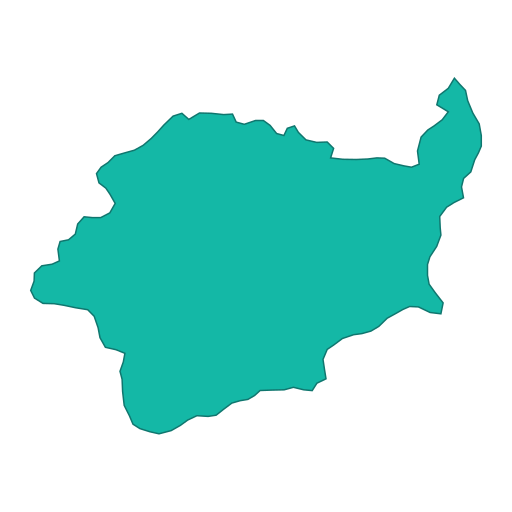 the district of São Félix de Minas, Minas Gerais, Brazil
{"feature_id": "56859067B81649197626809", "entity_name": "São Félix de Minas", "entity_type": "district", "adm_level": 2, "iso_a3": "BRA", "parent_name": "Brazil", "parent_adm1": "Minas Gerais", "projection": "orthographic", "projection_center": [-41.443, -18.569], "detail": "fine", "context": "isolated", "style": "filled", "palette": "teal", "viewbox_px": 512, "rotation_deg": 0, "n_neighbors": 0, "source": "geoboundaries", "source_scale": "gbopen_adm2", "svg_char_len": 1940}
<svg xmlns="http://www.w3.org/2000/svg" viewBox="0 0 512 512"><path d="M149.7,431.7L159.0,433.8L171.2,430.6L180.5,425.3L187.6,420.1L196.9,415.7L208.1,416.4L216.1,415.2L223.3,409.5L231.8,403.1L240.1,400.7L247.9,399.4L254.6,395.5L260.1,390.5L270.9,390.1L284.2,389.8L293.4,387.3L303.7,389.8L312.2,390.6L316.9,383.2L326.0,378.8L324.5,369.5L323.0,359.4L327.2,349.4L333.7,345.0L342.4,338.5L353.6,334.7L361.9,333.6L370.9,331.1L378.8,326.4L387.2,318.2L396.1,313.3L403.0,309.4L409.6,306.5L418.4,306.9L430.1,312.5L440.9,313.8L443.1,302.9L435.2,292.7L429.1,284.2L427.5,275.4L427.5,264.5L429.9,256.8L436.7,246.4L440.9,235.1L440.2,227.7L439.7,216.5L446.6,207.2L453.9,202.6L463.5,197.8L461.5,186.9L463.6,178.4L470.8,171.9L474.7,159.8L478.4,152.9L481.3,146.1L481.3,135.6L479.2,123.9L472.8,113.0L467.7,100.7L465.5,90.4L459.8,84.4L454.4,78.2L448.3,88.3L439.3,95.2L436.8,104.8L448.3,111.8L442.2,119.8L434.1,125.9L427.8,130.0L421.1,137.1L417.5,151.0L419.2,164.2L411.5,167.2L404.1,165.9L394.2,163.6L384.7,158.2L376.9,157.9L367.8,159.0L356.3,159.5L342.9,159.3L330.6,157.9L333.6,148.4L327.2,142.0L316.7,142.4L306.0,139.9L298.4,132.4L294.5,125.9L287.3,128.3L283.9,135.5L276.6,133.5L270.1,125.4L263.4,120.5L255.5,120.5L244.3,124.3L236.2,122.1L232.5,114.1L223.7,114.6L211.3,113.3L199.5,113.0L188.8,119.4L181.9,113.3L173.1,116.1L163.8,125.1L157.7,131.9L151.3,138.4L143.2,145.3L134.4,150.2L126.1,152.5L114.9,155.7L108.0,162.6L101.1,167.2L96.5,173.6L99.0,182.9L105.8,188.1L109.9,194.1L115.2,203.4L109.8,212.9L100.7,217.6L92.3,217.6L84.1,216.8L77.7,224.0L75.3,234.1L68.5,239.8L60.1,241.5L57.9,249.1L59.4,260.9L52.1,264.2L41.8,265.8L34.4,273.0L34.1,281.1L30.7,290.4L34.5,298.1L43.0,303.4L54.3,303.7L64.0,305.3L75.4,307.7L87.7,309.7L94.2,316.3L98.1,327.7L100.0,337.7L105.4,347.3L116.0,349.7L124.9,353.3L123.3,362.0L120.0,371.3L122.1,379.3L122.6,391.4L124.2,405.4L129.4,415.7L133.0,424.2L139.9,428.6L149.7,431.7Z" fill="#14b8a6" stroke="#0f766e" stroke-width="1.5"/></svg>